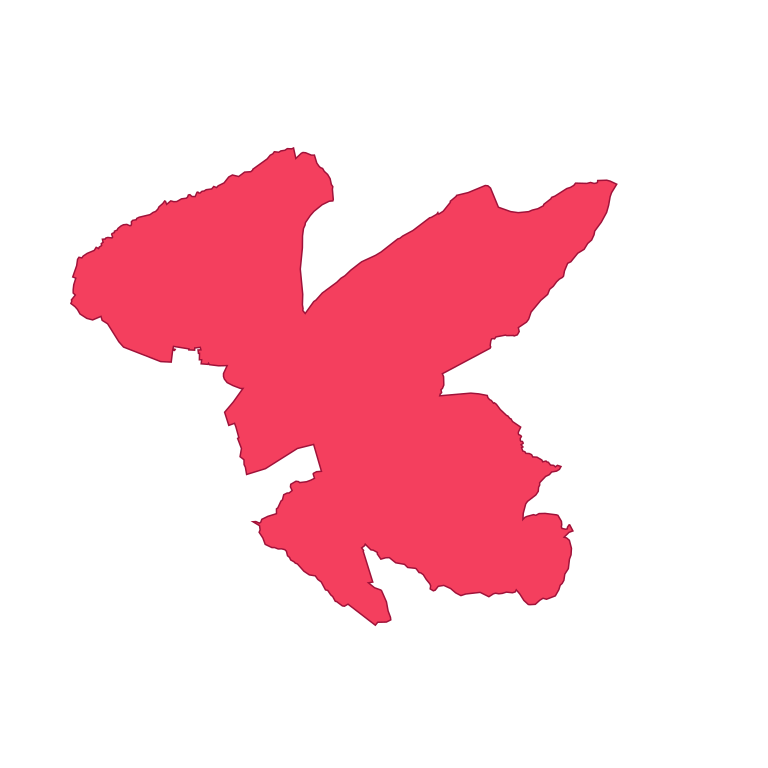 Coyotepec, Puebla, Mexico (orthographic projection), rotated 254°
{"feature_id": "50627088B60726647230059", "entity_name": "Coyotepec", "entity_type": "district", "adm_level": 2, "iso_a3": "MEX", "parent_name": "Mexico", "parent_adm1": "Puebla", "projection": "orthographic", "projection_center": [-97.818, 18.396], "detail": "fine", "context": "isolated", "style": "filled", "palette": "rose", "viewbox_px": 768, "rotation_deg": 254, "n_neighbors": 0, "source": "geoboundaries", "source_scale": "gbopen_adm2", "svg_char_len": 6171}
<svg xmlns="http://www.w3.org/2000/svg" viewBox="0 0 768 768"><g transform="rotate(254 384 384)"><path d="M601.0,156.8L600.2,155.9L600.8,153.2L597.6,153.0L596.9,150.9L594.9,150.7L594.1,148.0L592.9,147.0L594.7,145.0L592.3,142.3L591.4,134.7L589.9,130.1L588.5,128.3L589.9,125.7L588.3,123.8L582.5,121.2L572.7,114.3L570.7,116.9L564.9,113.1L560.3,111.2L557.1,110.3L554.6,111.8L551.0,106.7L549.7,106.7L547.7,105.2L543.5,108.3L540.1,109.9L535.1,111.1L529.0,116.4L525.9,121.6L527.0,130.6L522.9,130.6L518.1,134.9L497.6,140.8L491.3,143.8L467.1,175.5L463.7,185.5L474.8,190.2L474.0,191.9L474.8,192.8L476.0,190.8L478.2,192.0L471.5,206.2L470.6,205.8L468.7,211.3L470.8,212.0L469.9,217.5L467.3,217.4L468.0,214.6L464.6,214.1L464.3,215.1L458.2,213.2L457.6,215.4L453.8,213.8L451.4,220.2L452.3,221.0L450.7,221.5L447.1,230.0L444.9,238.3L438.3,232.6L435.5,231.8L432.8,231.9L428.6,233.6L424.1,238.4L419.2,244.9L418.6,247.2L408.2,234.1L400.8,223.0L387.0,223.4L387.4,229.5L383.6,229.8L372.4,229.7L372.1,228.3L361.3,229.2L353.8,225.6L349.8,228.5L345.1,227.3L342.2,227.8L334.9,227.0L335.3,246.7L345.9,283.0L345.3,299.7L317.3,299.8L318.3,295.0L317.6,291.6L317.1,291.1L312.5,291.2L311.7,286.8L311.4,282.6L312.5,275.7L313.7,275.0L314.8,272.6L313.3,266.7L310.9,265.7L306.9,266.3L305.4,262.8L305.9,260.8L305.2,257.1L300.6,254.4L299.9,252.7L294.2,247.8L293.6,246.2L289.0,244.9L288.8,235.9L287.6,229.2L285.2,227.5L284.6,225.9L287.1,222.9L287.7,220.1L282.1,225.3L277.9,224.7L275.9,223.1L269.4,225.1L262.6,225.6L257.7,231.1L256.9,233.8L254.6,236.8L253.8,240.1L252.1,243.0L250.1,244.1L245.5,243.9L243.3,245.4L240.6,245.8L237.9,248.5L236.3,249.3L234.9,251.2L226.1,255.4L221.1,259.6L218.5,265.1L214.4,266.5L211.0,269.1L202.2,271.0L201.1,273.0L195.9,274.7L193.8,276.1L188.5,277.3L188.0,278.4L182.2,282.8L181.3,284.7L182.3,288.7L154.5,309.2L156.7,312.3L154.5,320.7L155.4,325.5L157.9,325.9L164.8,325.4L173.9,326.3L185.9,324.7L186.8,324.2L190.8,318.7L197.2,314.2L196.7,318.6L228.8,317.9L229.7,318.5L232.6,317.3L233.9,320.7L235.2,321.8L228.2,325.7L227.2,327.9L223.9,331.2L222.5,330.7L216.5,332.7L216.5,337.7L215.6,341.3L208.9,346.0L205.0,354.0L201.1,356.2L198.2,363.3L197.4,364.1L193.1,365.7L192.3,367.3L189.9,369.2L184.6,370.7L179.2,373.0L177.1,373.2L174.3,371.9L171.6,374.4L171.7,376.4L174.6,380.4L173.9,386.0L169.0,391.7L163.5,395.3L159.4,399.6L159.6,404.7L157.2,419.0L150.6,426.2L152.2,431.5L152.1,433.7L150.7,436.5L150.1,440.0L150.2,444.3L147.9,450.0L148.0,452.9L149.7,454.4L144.6,456.7L137.4,458.8L132.3,461.9L131.7,463.3L130.5,468.7L133.2,474.2L134.2,477.8L132.3,480.9L133.1,490.3L138.1,495.4L142.0,497.9L143.2,500.3L145.7,502.8L151.4,505.4L155.7,510.3L164.5,514.0L168.2,516.7L174.4,518.9L182.7,519.1L185.7,517.1L187.1,514.9L190.4,521.0L190.7,525.1L197.4,523.7L197.6,523.1L195.8,520.9L194.3,520.3L194.3,518.7L196.1,515.3L197.8,515.1L199.8,516.1L203.1,516.7L209.8,515.0L210.7,513.7L215.2,503.2L216.7,497.3L215.9,493.8L217.2,491.7L217.3,484.9L217.0,482.8L215.5,480.2L221.3,482.2L229.7,487.2L231.6,489.6L235.5,499.4L238.3,502.7L242.2,504.2L243.9,505.8L246.2,506.4L250.6,513.9L251.3,518.0L253.2,520.9L252.7,525.9L253.6,529.1L255.9,531.4L258.0,528.3L257.1,525.9L259.0,524.7L260.2,521.7L263.5,520.4L264.0,519.3L265.3,518.5L265.5,515.1L267.4,514.8L271.5,510.9L272.9,506.9L275.4,506.4L277.1,504.5L278.2,501.3L280.0,500.8L281.4,498.9L284.9,498.7L285.2,500.2L287.8,499.0L288.6,501.4L289.3,501.5L290.6,501.2L291.2,499.8L292.1,499.5L294.2,500.0L295.6,501.6L296.7,501.3L298.3,499.5L299.5,499.5L300.7,499.9L304.9,503.5L312.5,497.2L315.6,496.4L316.1,495.5L319.2,494.2L320.0,493.1L327.5,488.7L333.6,486.4L335.5,484.9L335.3,484.0L338.6,482.6L339.9,481.2L342.3,480.1L344.5,480.1L348.4,472.4L351.3,464.9L357.3,434.3L358.9,435.3L359.8,437.0L362.8,437.2L363.6,438.9L366.5,441.2L374.6,443.3L377.8,442.9L389.1,495.8L390.2,496.8L391.8,496.7L396.1,498.6L397.7,499.9L397.6,501.4L396.9,502.7L398.4,504.6L397.5,514.3L396.7,515.3L394.9,522.0L394.3,522.3L394.5,525.7L397.1,528.4L401.2,528.7L404.2,538.0L406.4,540.9L412.6,545.2L421.2,557.8L425.0,566.0L429.4,569.4L431.3,573.7L434.7,578.1L436.5,581.5L437.3,584.9L438.2,586.3L443.0,588.7L449.4,593.8L450.0,597.3L456.3,606.3L458.3,613.5L462.9,618.5L465.2,623.3L469.5,627.0L472.9,628.7L479.6,637.4L487.6,645.3L493.9,649.2L501.7,653.0L505.2,655.5L511.9,662.8L516.7,657.3L518.5,654.3L520.7,645.5L519.0,644.8L518.6,643.7L518.9,641.2L520.8,638.1L520.9,634.3L524.3,623.5L522.6,621.2L521.6,617.4L521.5,613.6L517.5,600.1L517.2,596.6L516.0,595.4L512.7,587.2L511.4,586.3L510.1,580.2L510.3,574.4L509.8,570.6L511.7,560.3L514.8,553.3L522.4,542.7L543.0,540.4L545.9,538.5L546.9,536.0L544.8,517.7L545.3,505.7L544.6,505.3L541.4,498.1L540.3,497.8L533.8,488.6L532.3,483.7L532.4,483.1L533.9,483.0L532.6,481.4L531.1,475.3L531.2,473.7L523.6,454.2L521.1,442.8L519.7,439.4L519.7,437.3L511.7,417.6L510.0,411.3L507.7,396.4L506.9,394.2L502.6,383.5L498.8,376.2L497.5,371.7L494.8,366.7L488.5,349.8L483.4,341.7L482.6,339.2L473.5,327.7L477.0,326.2L478.9,327.0L482.6,327.4L492.6,330.6L517.5,335.2L537.4,343.1L548.8,346.5L555.7,349.5L558.5,351.9L560.7,352.9L566.2,359.5L569.3,364.3L573.4,374.0L574.8,381.8L574.1,385.3L575.3,386.1L585.5,388.1L587.8,389.2L590.3,388.4L596.2,388.8L600.9,387.6L604.9,385.2L608.1,384.4L609.6,382.5L611.4,381.5L614.9,380.3L623.2,380.2L624.0,377.3L627.9,372.4L628.9,369.9L628.6,368.1L625.1,361.4L635.8,362.1L635.5,360.1L636.9,355.9L636.0,353.2L636.5,349.1L635.8,346.7L637.5,342.6L635.9,340.6L635.3,337.7L632.6,333.8L626.6,317.1L625.8,316.7L624.8,314.5L626.1,308.4L623.5,301.5L626.7,295.9L625.8,291.8L621.4,285.7L620.2,279.2L619.0,277.2L620.8,274.8L619.0,272.1L619.8,266.6L619.1,264.3L619.4,262.1L618.3,259.8L618.6,258.7L619.8,258.0L619.8,257.1L616.2,254.1L617.2,251.0L619.5,249.6L619.6,248.7L619.6,248.0L617.9,246.8L617.1,245.2L617.8,240.4L616.5,235.1L617.2,232.2L618.8,229.5L616.6,224.6L619.8,224.3L620.4,223.6L618.5,221.2L616.3,216.5L614.5,214.9L612.8,212.0L612.6,209.4L611.3,205.7L611.8,194.6L611.3,191.9L610.2,191.2L610.6,187.5L609.5,185.8L607.4,185.4L606.1,184.4L606.2,183.3L608.3,180.8L608.9,177.4L608.4,174.7L606.9,171.2L605.5,169.8L605.2,167.0L603.9,166.6L603.6,164.1L603.1,163.5L600.0,163.6L599.4,162.8L601.0,158.9L601.0,156.8Z" fill="#f43f5e" stroke="#9f1239" stroke-width="1.5"/></g></svg>